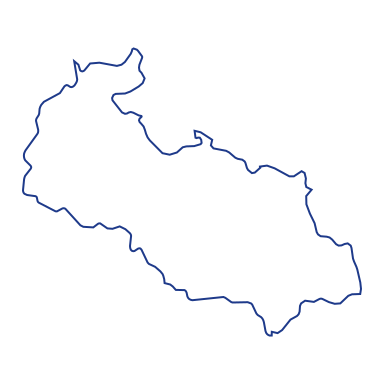 the Region of Moravskoslezský
{"feature_id": "CZE-1612", "entity_name": "Moravskoslezský", "entity_type": "Region", "adm_level": 1, "iso_a3": "CZE", "parent_name": "Czechia", "parent_adm1": "", "projection": "orthographic", "projection_center": [17.887, 49.846], "detail": "fine", "context": "isolated", "style": "outline", "palette": "blue", "viewbox_px": 384, "rotation_deg": 0, "n_neighbors": 0, "source": "natural_earth", "source_scale": "10m", "svg_char_len": 3176}
<svg xmlns="http://www.w3.org/2000/svg" viewBox="0 0 384 384"><path d="M133.6,48.5L136.9,49.7L138.0,50.8L141.6,55.7L142.1,56.4L142.2,57.2L142.0,58.1L141.6,59.1L139.4,64.8L139.0,67.6L139.5,70.7L141.5,72.8L144.6,78.4L142.7,83.1L138.7,86.5L130.4,91.5L125.1,93.5L115.7,93.9L113.5,95.0L112.1,98.0L112.5,100.3L122.0,112.4L125.0,113.8L127.0,113.5L128.7,112.5L130.8,112.0L133.3,112.7L138.7,115.4L141.4,116.0L141.5,116.3L141.6,116.6L141.5,116.8L141.4,117.0L139.6,118.6L139.0,120.3L139.6,122.0L141.4,123.9L143.6,126.5L144.9,129.9L146.0,133.7L147.6,137.4L149.8,140.4L162.5,153.2L169.7,154.7L176.9,152.5L182.7,147.3L186.3,146.4L194.2,146.1L200.6,144.2L201.6,142.9L201.2,139.8L199.8,137.7L198.1,137.6L196.6,138.1L195.5,137.7L194.6,130.8L197.9,131.6L200.7,132.3L212.2,139.8L210.9,145.4L213.5,148.4L226.1,150.8L229.1,152.4L235.3,157.7L237.7,158.8L242.3,159.7L244.7,161.5L245.5,163.1L246.9,167.9L248.0,169.9L251.9,173.1L254.8,172.6L260.3,167.7L260.1,167.2L259.8,166.8L259.4,166.7L259.0,166.7L267.0,165.6L274.6,168.3L289.3,176.3L293.9,176.3L301.6,171.2L304.6,173.0L305.9,178.5L305.4,183.2L306.3,187.0L311.6,189.7L306.2,196.1L306.4,204.3L309.9,213.6L314.6,223.2L316.7,232.1L318.0,234.4L320.6,236.2L326.7,236.7L329.6,237.5L332.2,239.6L336.1,244.2L338.6,245.6L341.5,245.4L344.6,244.0L347.7,243.4L350.7,245.6L351.5,248.0L353.0,258.5L354.0,261.4L356.4,266.8L357.3,269.5L360.3,282.5L361.0,288.9L360.2,294.0L352.0,294.3L348.3,295.8L340.3,303.4L334.7,303.8L328.9,302.1L322.3,298.9L321.0,298.6L319.6,298.9L313.9,301.9L305.1,300.7L301.1,303.4L300.0,305.9L299.6,311.6L298.6,314.3L297.0,316.0L290.5,319.6L282.1,330.1L277.6,333.1L271.8,331.8L271.7,335.5L269.5,335.5L268.3,335.0L267.2,334.2L266.2,332.9L265.5,331.0L263.9,322.3L263.3,320.3L262.4,318.6L261.2,317.2L257.7,315.0L256.4,313.5L252.2,304.6L251.2,303.5L247.7,302.2L232.6,302.5L231.3,302.1L225.3,297.8L223.4,297.0L192.4,300.2L190.7,299.8L189.3,299.1L188.2,298.0L187.4,296.5L186.6,292.7L186.0,291.4L185.3,290.6L184.5,290.1L175.8,289.9L172.8,286.5L170.2,284.5L164.6,283.1L164.2,279.2L163.3,275.8L162.6,274.1L160.4,271.4L155.1,266.8L148.9,263.9L147.6,262.5L141.5,249.7L140.4,248.5L139.3,248.3L138.1,248.6L134.5,251.0L133.2,251.2L131.9,250.8L130.8,249.7L130.2,248.0L130.0,246.0L131.1,235.9L130.8,234.5L129.9,233.2L125.4,229.2L119.7,226.4L112.5,228.8L107.4,228.4L100.2,223.4L99.0,223.4L98.0,223.8L93.3,227.4L83.3,226.8L80.4,225.3L65.3,208.7L63.9,208.2L62.5,208.4L56.9,211.4L55.5,211.3L38.7,202.6L37.9,201.8L37.5,200.8L36.9,197.7L36.5,196.8L35.6,196.2L27.1,195.0L24.5,193.8L23.7,192.9L23.2,191.7L23.0,190.3L24.1,179.2L24.5,177.5L25.1,175.9L30.8,168.6L31.2,167.5L31.1,166.6L30.6,165.7L25.2,160.3L24.4,158.7L24.0,157.0L23.9,155.3L24.1,153.6L24.7,152.0L25.5,150.4L37.3,134.0L38.0,132.7L38.2,131.4L38.2,129.9L36.0,120.8L36.2,119.4L36.6,118.4L38.7,115.1L39.2,113.5L39.6,108.8L40.3,106.7L41.3,104.8L43.9,101.8L59.9,93.1L64.4,86.4L65.4,85.6L66.5,85.1L67.7,85.3L70.4,87.0L71.8,87.1L73.2,86.5L74.5,85.4L75.5,83.9L76.4,82.4L77.0,80.8L77.2,79.4L74.2,61.2L78.4,64.7L80.2,70.4L81.2,71.1L82.3,71.4L83.3,71.1L84.3,70.5L90.1,63.5L99.4,62.7L116.9,65.9L121.5,64.7L124.9,62.0L130.7,53.9L131.8,51.4L132.3,49.3L133.6,48.5Z" fill="none" stroke="#1e3a8a" stroke-width="2"/></svg>